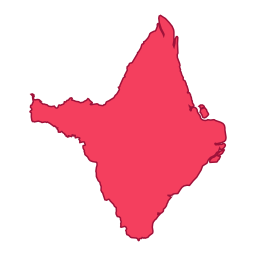 outline of Amapá
{"feature_id": "BRA-681", "entity_name": "Amapá", "entity_type": "State", "adm_level": 1, "iso_a3": "BRA", "parent_name": "Brazil", "parent_adm1": "", "projection": "orthographic", "projection_center": [-52.454, 1.611], "detail": "fine", "context": "isolated", "style": "filled", "palette": "rose", "viewbox_px": 256, "rotation_deg": 0, "n_neighbors": 0, "source": "natural_earth", "source_scale": "10m", "svg_char_len": 5859}
<svg xmlns="http://www.w3.org/2000/svg" viewBox="0 0 256 256"><path d="M32.2,93.9L33.8,94.7L34.1,96.4L34.1,96.6L33.6,96.7L33.3,97.5L33.8,99.5L35.0,99.9L37.3,99.5L38.4,99.6L39.3,99.9L40.8,101.2L39.9,101.3L40.1,101.8L42.8,104.0L44.5,104.1L45.8,104.6L46.9,104.7L48.4,106.0L49.3,106.3L51.3,106.6L54.3,106.1L55.5,107.6L56.4,108.1L57.3,107.9L57.9,107.4L58.7,105.2L59.8,105.0L60.7,105.4L61.5,104.8L63.2,104.2L63.9,103.7L64.4,101.8L65.7,102.0L67.1,100.4L68.5,100.1L69.7,98.4L71.1,97.8L71.8,98.0L72.2,98.6L71.8,99.8L72.0,100.2L73.2,100.3L75.9,101.4L78.5,101.7L80.4,102.7L83.2,102.2L84.6,101.1L86.5,100.3L87.9,98.6L88.7,99.0L89.7,100.4L92.2,102.5L92.2,102.9L90.7,103.8L90.4,104.3L90.9,104.7L97.0,103.8L97.9,104.1L99.1,105.1L102.3,105.6L103.2,105.5L104.0,104.7L104.8,104.7L105.5,104.0L106.3,102.1L107.0,101.6L108.7,100.9L113.9,97.7L115.2,95.4L116.7,94.1L117.8,92.4L119.3,89.7L119.4,89.2L118.4,87.3L119.7,86.6L120.1,85.1L123.2,78.1L123.8,77.4L125.0,76.8L124.5,75.6L127.3,70.1L127.0,68.4L127.2,66.7L128.6,65.6L129.4,63.7L130.2,63.1L131.3,63.0L132.3,62.4L137.6,53.5L137.6,52.5L138.4,52.1L140.8,48.1L141.8,44.7L142.4,44.0L143.3,43.8L143.7,43.5L143.7,41.9L145.3,41.0L147.8,38.2L149.0,36.2L149.9,33.7L150.9,32.8L153.9,31.3L155.1,31.0L155.9,30.2L157.3,26.6L157.3,24.3L157.8,23.6L158.3,23.5L158.8,24.0L159.6,27.0L160.7,29.7L163.1,34.1L163.7,35.7L164.0,34.6L163.7,33.5L161.2,28.7L159.3,22.8L158.8,18.2L159.2,16.1L160.5,15.4L165.5,18.6L169.2,22.6L172.1,26.3L173.6,29.8L173.9,31.9L173.9,40.7L173.2,44.9L174.0,46.9L174.9,43.3L175.1,39.8L175.6,38.2L176.4,36.6L177.3,36.6L177.8,37.6L177.5,43.8L177.9,53.1L177.2,54.8L177.4,57.7L179.6,63.6L180.0,65.5L179.5,66.7L180.5,69.8L180.3,70.4L180.4,71.3L180.9,71.8L181.9,75.1L183.3,77.7L183.1,78.7L183.3,79.8L185.0,80.9L186.1,83.5L186.4,85.3L187.0,86.0L188.3,90.5L188.2,91.5L187.6,92.0L187.5,92.7L188.1,93.0L188.8,92.4L189.4,92.8L190.5,94.8L190.6,95.8L191.3,97.4L191.7,100.0L192.2,100.8L192.5,103.1L193.6,104.6L193.9,105.6L192.9,106.9L191.6,107.1L190.4,106.8L189.4,106.0L189.6,106.9L190.5,107.6L189.9,109.7L190.6,110.7L191.0,110.7L191.2,110.4L191.3,109.1L191.7,108.4L193.0,107.3L194.6,107.3L196.2,108.3L197.0,109.5L197.4,111.8L198.6,113.9L200.1,116.0L200.6,118.2L201.4,119.1L202.3,119.8L203.7,120.3L205.3,120.5L206.9,120.2L207.8,119.7L210.6,120.1L213.6,119.7L214.4,119.8L215.4,120.5L220.7,122.3L222.9,123.5L224.0,124.8L224.5,125.8L224.9,127.9L224.9,130.0L225.9,136.6L226.0,137.9L225.6,140.0L224.4,141.4L221.9,142.5L216.9,143.7L215.3,143.3L215.0,143.5L215.1,144.1L215.4,144.6L216.1,144.9L217.0,144.5L218.2,144.8L219.9,144.4L221.9,144.4L223.1,143.6L224.0,143.6L224.7,144.0L225.3,144.9L225.3,145.7L224.6,147.0L223.4,148.4L221.8,149.4L220.4,149.5L219.7,148.1L218.5,151.5L216.7,152.5L215.3,154.6L214.2,155.6L210.5,157.5L208.5,159.6L206.9,163.2L202.9,165.7L202.4,166.4L201.1,170.0L196.7,177.2L193.3,180.7L189.5,185.4L187.0,185.2L184.0,185.9L182.0,187.3L180.5,189.3L177.9,193.4L177.3,193.6L174.8,193.7L173.1,194.1L172.6,194.9L170.6,195.4L168.1,195.3L168.1,195.5L168.5,195.7L169.9,196.2L170.6,197.2L171.2,197.2L168.3,200.7L167.7,202.5L167.0,203.7L166.4,205.8L165.2,207.6L163.5,209.2L163.4,210.9L163.1,211.5L161.8,212.7L160.4,213.5L158.1,213.0L158.1,213.3L159.1,213.5L159.1,213.8L157.8,214.1L157.8,214.4L158.8,214.4L159.4,213.8L160.0,214.1L158.1,216.2L156.1,219.0L155.0,219.8L153.4,221.9L152.7,223.7L152.3,227.1L152.9,231.1L152.8,232.4L152.5,233.2L149.3,235.6L147.9,237.3L145.0,238.2L144.2,237.7L143.3,238.1L142.1,237.5L141.4,238.5L140.1,238.5L139.3,238.9L139.1,240.4L138.6,240.6L138.2,240.3L137.6,238.9L136.7,238.2L136.1,238.0L131.5,237.6L130.6,237.2L128.7,235.3L126.9,234.6L126.4,233.2L126.4,232.0L125.8,230.5L126.7,228.9L126.2,227.4L125.5,226.7L124.6,226.4L121.5,227.2L120.7,227.0L120.7,226.1L121.0,225.1L120.7,223.9L121.2,221.8L120.5,219.6L120.4,217.9L119.4,216.9L117.3,216.5L116.2,214.3L116.0,212.9L116.4,211.1L116.2,207.6L114.5,206.3L113.5,204.3L110.1,200.8L109.8,200.1L109.0,199.3L108.4,199.3L106.6,200.2L104.9,199.8L102.6,192.8L101.9,192.1L101.0,190.3L101.2,186.7L100.3,184.3L99.9,182.3L98.2,180.6L96.4,176.7L96.3,172.9L95.9,171.2L96.4,167.4L97.1,165.0L96.9,162.8L96.3,162.2L92.7,161.6L90.3,160.7L89.0,159.4L87.6,156.9L85.0,154.6L84.6,152.4L84.2,151.7L84.4,150.6L83.2,148.3L83.0,147.2L83.0,146.1L83.2,145.6L85.0,145.2L85.3,144.8L84.3,142.1L83.1,141.8L79.9,142.6L79.7,142.1L80.0,140.9L79.0,139.4L79.7,138.5L79.6,137.9L77.5,137.4L75.4,137.8L75.1,136.9L75.2,135.6L75.0,135.3L74.6,135.4L74.0,135.9L73.6,135.9L72.8,135.6L73.1,135.1L72.5,134.9L72.1,135.0L72.0,135.9L71.5,136.6L68.7,135.8L68.7,136.8L67.5,137.0L67.4,136.4L66.2,136.3L66.1,135.4L64.8,134.6L64.7,133.8L62.8,132.5L61.9,131.5L61.3,131.5L60.4,132.2L58.7,132.2L58.3,131.9L58.3,130.5L57.2,129.0L57.6,128.0L56.4,127.9L55.9,127.0L54.9,126.1L54.4,126.0L54.0,126.4L50.0,123.4L47.4,122.0L46.6,122.4L45.2,121.9L42.0,122.5L41.2,122.0L38.4,121.1L34.4,121.9L33.5,121.5L32.5,121.5L31.8,120.2L31.3,116.9L31.4,113.3L31.1,112.5L30.2,112.1L30.0,111.7L30.3,111.1L31.6,110.1L31.8,109.5L31.5,108.3L30.5,107.3L30.6,105.8L31.0,105.2L31.5,105.2L31.9,104.9L32.7,102.9L33.3,101.9L32.6,97.8L32.6,96.0L31.0,94.3L32.2,93.9ZM202.8,108.1L205.0,107.9L206.7,110.1L206.8,111.1L208.4,113.7L208.5,114.6L207.4,115.9L205.9,117.3L204.2,117.9L202.7,117.2L201.9,114.8L201.2,113.8L201.1,113.1L200.1,112.4L200.8,108.7L202.2,108.6L202.8,108.1ZM216.8,162.0L210.0,162.4L209.7,161.5L210.0,159.9L212.0,157.9L214.6,156.8L215.7,155.7L216.5,155.5L217.5,155.6L218.6,156.2L219.9,156.1L220.3,156.6L219.0,159.4L217.9,160.3L217.6,161.1L216.8,162.0ZM218.4,155.3L218.1,155.0L217.0,154.7L216.9,153.9L218.0,153.2L219.0,152.8L219.7,151.7L220.3,151.3L222.2,150.6L223.0,149.8L223.9,149.5L224.3,150.0L222.4,153.3L220.6,154.6L218.4,155.3ZM200.0,107.0L198.9,106.3L200.5,105.0L202.5,105.0L203.8,105.9L204.3,106.7L204.4,107.4L204.0,107.7L202.7,107.7L202.1,108.2L201.1,108.2L200.2,107.9L200.0,107.0Z" fill="#f43f5e" stroke="#9f1239" stroke-width="1.5"/></svg>